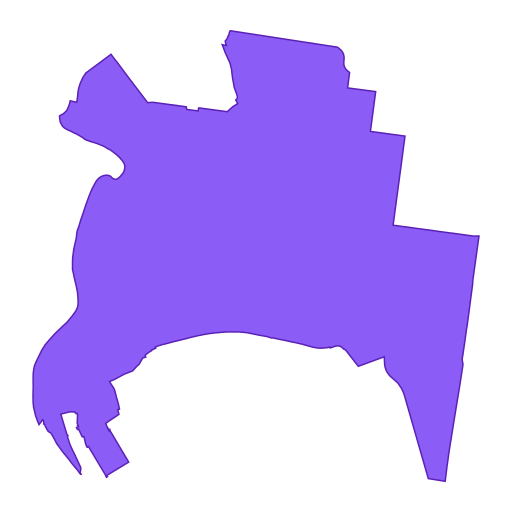 outline of Melbourne, Victoria, Australia
{"feature_id": "25037944B74771981745191", "entity_name": "Melbourne", "entity_type": "district", "adm_level": 2, "iso_a3": "AUS", "parent_name": "Australia", "parent_adm1": "Victoria", "projection": "mercator", "projection_center": [144.943, -37.813], "detail": "fine", "context": "isolated", "style": "filled", "palette": "violet", "viewbox_px": 512, "rotation_deg": 0, "n_neighbors": 0, "source": "geoboundaries", "source_scale": "gbopen_adm2", "svg_char_len": 5789}
<svg xmlns="http://www.w3.org/2000/svg" viewBox="0 0 512 512"><path d="M39.0,424.6L42.8,419.7L43.3,420.5L43.8,422.2L43.8,423.2L43.6,424.0L44.4,424.4L44.9,425.1L45.2,425.8L45.4,426.6L46.4,428.2L46.9,429.4L47.7,430.4L48.2,431.5L50.7,432.9L51.2,433.5L54.4,439.2L56.0,442.2L56.7,443.7L57.8,445.1L61.8,450.7L63.1,452.3L64.0,453.5L65.6,455.4L67.6,457.9L69.6,460.3L71.2,462.6L73.5,465.4L75.6,468.0L77.3,469.9L79.3,472.7L80.5,474.2L80.9,474.4L81.1,474.3L81.0,473.9L80.0,472.7L80.1,472.3L80.3,471.9L80.4,471.6L80.6,470.8L80.7,469.6L80.8,467.7L78.8,463.3L76.3,457.8L76.0,457.4L75.5,456.3L75.3,455.5L75.0,454.9L74.7,454.5L74.4,454.0L74.1,453.3L73.8,452.7L73.4,451.9L73.0,451.1L70.8,446.4L70.7,445.9L69.9,444.4L67.5,436.8L67.6,436.2L68.0,435.6L67.0,434.6L60.8,414.1L70.5,411.7L71.1,411.9L72.0,412.0L72.4,412.0L73.6,411.9L74.9,412.1L75.2,412.8L75.6,413.0L76.0,413.1L76.1,413.6L77.4,413.6L77.5,415.1L77.2,423.1L77.7,424.1L77.5,425.4L77.8,425.4L78.0,425.3L78.5,426.6L77.8,427.0L76.5,427.5L77.5,429.5L77.7,429.4L77.9,429.4L78.6,429.1L82.1,436.6L82.7,436.9L83.9,436.5L85.8,444.5L87.1,447.2L87.2,447.3L87.4,447.3L88.5,446.6L95.9,459.0L106.0,475.9L105.8,476.0L106.5,477.3L107.5,476.7L106.7,475.5L128.7,462.1L110.0,430.6L109.8,429.8L109.2,431.0L108.0,429.0L108.3,428.8L106.9,426.4L105.7,423.3L118.9,414.4L118.9,414.0L117.7,409.7L119.5,409.2L118.6,404.9L117.2,399.5L116.8,398.6L115.0,391.4L114.7,390.3L114.3,389.4L114.1,388.8L113.8,388.2L113.4,387.6L109.5,381.6L110.3,381.2L114.0,379.7L124.2,374.2L132.7,370.9L136.9,366.2L139.0,364.5L142.8,357.9L145.7,357.2L145.2,355.1L146.3,354.2L148.4,352.7L149.2,352.1L150.5,351.3L151.7,350.6L151.6,350.0L152.2,349.7L153.1,349.5L155.0,348.5L155.6,348.3L155.1,347.2L155.8,347.0L157.5,346.1L159.1,345.6L162.3,344.6L166.9,343.5L173.2,341.8L185.1,338.9L189.2,337.8L192.4,337.0L195.7,336.2L198.9,335.5L201.6,335.0L204.4,334.4L209.3,333.6L214.1,333.0L220.9,332.4L224.2,332.1L226.4,332.0L230.6,331.9L236.5,331.9L238.5,331.9L242.8,332.3L246.9,332.7L250.0,333.3L259.7,335.3L265.0,336.2L267.0,336.6L268.5,337.0L270.3,337.6L271.5,338.0L272.0,337.9L272.6,337.9L273.2,338.0L275.4,338.5L276.6,338.7L278.8,339.2L284.0,340.2L289.3,341.4L292.2,342.0L293.7,342.3L295.2,342.6L302.2,344.2L305.7,345.2L307.8,345.8L310.8,346.6L312.2,347.0L314.0,347.4L316.7,347.9L317.8,348.0L320.2,348.1L322.2,348.1L323.4,348.0L326.3,347.8L328.4,347.4L329.7,347.1L330.0,347.9L330.5,347.8L332.2,347.3L334.4,346.5L335.6,346.2L337.2,345.8L338.4,345.9L338.8,345.9L339.4,346.1L340.1,346.3L341.5,347.0L343.6,349.0L343.9,348.9L345.8,350.3L358.3,366.3L384.2,356.8L384.3,358.4L384.5,362.0L384.6,363.9L384.7,364.8L384.8,365.7L385.0,366.6L385.2,367.6L385.5,368.5L385.8,369.4L386.1,370.2L386.5,371.1L387.1,372.1L388.0,373.5L388.7,374.3L389.2,375.1L389.8,375.8L390.5,376.5L394.2,379.7L394.4,380.0L397.0,382.2L397.4,382.6L397.9,383.1L401.0,387.7L401.3,388.2L401.6,388.6L403.7,393.2L403.9,393.9L404.2,394.7L428.3,478.6L445.2,481.3L446.9,467.3L449.1,451.4L454.1,420.2L456.2,407.3L459.7,386.0L461.8,372.4L462.8,365.9L462.9,364.9L462.9,364.0L462.9,363.5L462.7,362.6L462.4,361.2L462.3,360.4L462.2,359.4L462.3,359.0L462.3,357.9L462.8,355.5L463.4,351.1L464.7,342.5L466.5,329.3L467.2,325.3L472.7,283.7L472.7,281.3L479.0,236.0L473.6,236.1L451.9,233.1L450.4,233.0L447.8,232.6L443.2,232.0L441.0,231.7L437.4,231.2L393.1,225.2L401.1,165.5L403.1,150.4L405.0,136.1L370.4,131.4L375.7,91.6L347.6,87.9L349.6,72.5L348.8,71.8L348.4,71.5L347.8,71.1L347.4,70.7L347.0,70.4L346.5,69.9L346.0,69.3L345.6,68.8L345.3,68.3L344.9,67.7L344.6,67.0L344.4,66.4L344.2,65.9L344.0,65.2L343.9,64.5L343.8,63.9L343.8,63.2L343.8,62.5L344.1,58.2L344.1,57.2L343.9,56.2L343.8,55.4L343.7,54.9L343.5,54.4L343.4,53.9L342.9,52.9L342.6,52.2L342.2,51.6L341.6,50.9L341.0,50.2L340.5,49.7L337.6,47.2L232.1,31.0L230.2,30.7L229.6,31.8L229.3,32.8L229.1,34.1L228.9,34.8L228.5,35.3L228.3,35.7L228.0,36.3L227.7,36.9L227.6,37.6L227.2,38.5L226.7,39.2L226.2,39.9L225.5,40.6L225.2,41.0L225.7,43.5L226.4,45.4L223.4,44.9L222.2,44.6L225.3,52.8L230.0,63.1L231.4,68.6L232.0,73.5L232.6,78.3L234.3,87.6L235.6,91.2L236.8,94.5L237.3,96.6L237.3,97.9L237.0,98.9L235.7,100.0L236.4,101.1L237.7,103.6L232.8,106.7L228.4,110.6L227.5,111.7L199.0,107.9L198.6,108.0L198.1,111.0L194.4,110.4L193.8,110.4L186.7,109.4L186.3,107.4L186.3,106.8L153.0,102.3L147.6,102.6L128.7,77.8L116.9,61.9L115.5,60.3L111.0,54.3L85.7,73.1L85.7,73.3L84.6,74.9L83.5,76.5L82.7,77.9L82.1,79.2L81.4,80.7L80.7,82.2L80.1,83.7L79.6,85.2L79.1,86.8L78.8,88.2L78.4,89.6L78.1,91.2L77.8,94.0L77.3,99.0L76.7,102.3L70.2,100.8L69.8,102.7L69.6,103.5L69.0,105.4L68.4,106.9L67.6,108.6L66.9,110.2L65.7,111.6L63.5,113.6L59.6,115.8L59.5,116.5L59.6,117.6L59.9,120.0L60.4,122.4L61.3,124.2L62.5,126.1L63.7,127.4L64.9,128.3L66.3,129.1L68.4,130.2L70.2,130.9L73.4,132.6L76.5,134.0L79.0,135.4L82.7,137.6L84.6,139.1L86.5,140.1L89.3,141.1L91.7,141.9L94.2,142.6L96.7,143.4L99.8,144.6L102.8,145.8L105.8,147.4L107.9,148.8L110.5,150.0L112.6,151.6L116.1,154.3L119.1,157.0L121.0,159.2L122.7,161.2L124.0,163.4L124.8,165.8L124.8,167.9L124.3,170.3L123.5,172.3L121.9,174.5L120.0,176.7L118.1,178.4L116.8,179.1L115.0,179.3L113.4,178.8L111.9,177.7L110.5,176.2L108.8,175.5L107.2,175.2L105.5,175.2L103.9,175.6L102.1,176.1L100.5,177.0L98.7,178.3L97.3,179.8L96.0,181.5L94.6,184.1L92.2,188.6L90.6,192.2L88.9,196.5L87.5,200.3L85.7,205.3L83.1,213.2L80.8,219.8L79.7,223.5L78.5,227.4L77.2,230.7L76.9,232.6L76.6,234.7L76.5,236.4L76.2,238.4L75.7,240.6L73.8,248.9L73.1,254.2L72.6,258.5L72.5,263.0L72.5,269.3L73.3,273.0L74.4,278.3L76.3,286.3L77.5,292.5L78.0,298.6L78.1,303.6L77.6,307.1L75.8,311.0L72.4,315.7L66.8,322.5L63.2,325.7L54.6,334.0L49.3,339.9L45.0,345.0L41.5,350.7L39.1,355.6L35.9,362.2L34.4,365.9L33.7,369.6L33.2,373.2L33.1,379.5L33.2,387.1L33.0,395.5L33.1,402.5L33.6,407.4L34.6,411.5L35.6,415.8L37.9,422.0L39.0,424.6Z" fill="#8b5cf6" stroke="#5b21b6" stroke-width="1.5"/></svg>